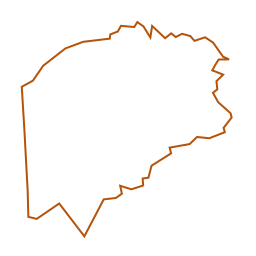 Whitley, Kentucky, United States of America, rotated 86°
{"feature_id": "52423323B1147631697949", "entity_name": "Whitley", "entity_type": "district", "adm_level": 2, "iso_a3": "USA", "parent_name": "United States of America", "parent_adm1": "Kentucky", "projection": "mercator", "projection_center": [-84.171, 36.78], "detail": "fine", "context": "isolated", "style": "outline", "palette": "amber", "viewbox_px": 256, "rotation_deg": 86, "n_neighbors": 0, "source": "geoboundaries", "source_scale": "gbopen_adm2", "svg_char_len": 787}
<svg xmlns="http://www.w3.org/2000/svg" viewBox="0 0 256 256"><g transform="rotate(86 128 128)"><path d="M48.7,37.2L42.9,44.8L45.7,55.6L40.6,59.5L37.8,67.5L40.6,74.0L36.6,78.3L41.0,84.7L27.9,96.8L39.3,99.4L27.7,105.5L23.0,111.3L27.7,114.7L25.6,127.9L31.0,131.4L33.4,139.1L37.6,140.0L38.9,166.8L44.2,184.8L60.0,208.3L74.1,219.5L79.5,231.1L123.3,231.5L184.6,232.5L209.7,233.6L212.3,225.4L198.5,201.9L233.0,179.1L197.5,157.2L197.0,145.1L193.1,138.7L185.1,139.8L189.4,128.9L186.4,116.9L179.4,116.9L179.0,111.1L167.2,107.1L156.3,86.8L150.5,87.8L148.3,67.6L141.8,59.8L143.9,47.6L138.9,31.7L134.5,32.6L124.8,23.9L120.5,24.6L108.6,36.2L98.8,40.8L95.7,36.2L87.5,36.5L81.4,29.4L76.4,39.9L71.1,36.5L66.0,32.8L66.6,22.4L63.5,28.2L48.7,37.2Z" fill="none" stroke="#b45309" stroke-width="2"/></g></svg>